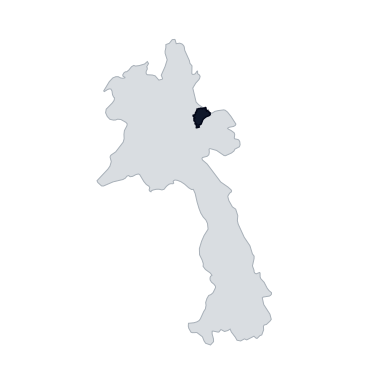 location of Xon, Houaphan, Laos, rotated 19°
{"feature_id": "54806243B87375658661080", "entity_name": "Xon", "entity_type": "district", "adm_level": 2, "iso_a3": "LAO", "parent_name": "Laos", "parent_adm1": "Houaphan", "projection": "orthographic", "projection_center": [103.485, 20.489], "detail": "fine", "context": "in_parent", "style": "filled", "palette": "ink", "viewbox_px": 384, "rotation_deg": 19, "n_neighbors": 0, "source": "geoboundaries", "source_scale": "gbopen_adm2", "svg_char_len": 6619}
<svg xmlns="http://www.w3.org/2000/svg" viewBox="0 0 384 384"><g transform="rotate(19 192 192)"><path d="M137.4,57.3L139.0,60.4L146.8,68.7L148.1,71.0L150.9,72.7L153.3,80.2L154.3,80.6L155.6,80.1L156.6,79.1L157.4,76.2L157.9,75.9L158.8,78.3L161.0,79.0L162.0,80.0L162.2,81.8L161.9,83.6L160.1,87.8L158.9,93.5L166.6,105.6L169.8,107.3L177.4,109.3L182.6,112.0L185.0,111.3L187.4,108.3L190.1,106.6L195.3,104.0L196.8,103.9L199.6,104.9L204.3,107.9L211.4,113.5L211.2,115.0L209.9,116.5L206.1,118.7L204.9,120.2L205.7,120.7L208.8,121.1L212.6,122.3L213.7,123.8L214.4,127.2L215.0,127.8L218.5,127.4L219.6,127.8L220.8,128.9L222.1,131.7L222.1,133.8L218.6,137.5L218.3,139.7L216.5,142.4L211.8,146.8L210.5,147.1L201.7,144.7L194.8,145.1L194.2,146.0L195.4,148.7L195.8,151.3L194.7,153.3L190.7,156.0L190.5,157.1L191.4,158.3L197.2,160.6L215.9,173.2L224.4,175.6L228.2,177.2L229.1,178.1L229.1,179.2L228.1,180.6L227.4,183.1L227.3,184.6L228.2,186.0L229.7,188.2L235.0,192.9L238.9,194.0L243.0,199.5L244.2,204.3L246.2,207.4L256.1,217.8L264.3,224.0L269.3,230.9L271.6,232.4L272.4,234.9L273.2,242.2L276.1,245.8L276.7,247.3L277.9,248.3L279.3,248.5L282.1,246.1L282.7,246.4L284.1,250.2L285.3,251.6L289.6,253.9L294.3,258.4L296.8,260.1L299.9,261.3L300.4,262.8L299.8,264.3L298.9,265.3L293.6,268.1L292.9,269.2L296.5,275.1L305.5,282.2L308.4,286.6L307.8,288.7L305.5,293.0L303.6,294.2L303.2,295.6L304.6,299.0L304.5,304.4L302.9,305.8L301.3,309.1L300.3,309.4L297.5,308.2L291.9,314.0L289.4,313.8L286.5,317.0L282.8,317.5L280.2,315.2L274.7,311.5L272.7,309.2L271.0,311.3L268.2,313.3L264.1,312.6L263.1,315.5L262.3,316.0L257.3,316.6L256.4,317.1L257.2,319.6L260.2,324.0L261.1,326.5L259.3,330.6L254.2,330.6L251.9,328.9L249.0,325.5L242.4,323.3L238.1,324.9L236.7,324.9L233.4,322.0L232.2,320.1L231.4,317.3L236.4,315.0L238.9,313.2L240.6,311.2L241.2,309.3L242.0,301.1L242.7,298.2L242.2,294.7L240.9,292.0L240.8,287.8L241.5,284.4L243.4,282.7L244.7,280.3L245.4,274.8L244.8,273.4L242.9,272.1L239.8,270.9L237.8,269.3L237.0,267.4L237.0,265.7L238.0,264.2L235.6,262.6L229.9,260.9L226.7,258.7L226.1,256.2L223.7,253.0L219.6,248.9L217.4,243.1L217.1,235.4L217.6,229.2L219.3,221.9L216.9,216.7L214.3,214.0L210.7,212.0L207.2,209.1L204.0,205.3L200.0,199.7L195.5,192.4L192.4,189.1L190.8,189.8L187.5,189.1L182.5,187.0L178.2,185.9L174.5,185.7L172.0,186.2L170.9,187.3L170.8,188.4L171.8,189.5L171.3,190.4L169.3,191.0L167.7,192.2L166.0,194.9L164.7,198.5L162.9,199.8L160.0,200.1L157.2,201.1L154.4,202.9L153.1,204.2L153.2,205.1L152.6,205.2L151.3,204.7L150.7,203.6L150.7,201.7L149.3,200.5L146.4,199.8L143.1,197.8L136.9,192.6L135.5,192.4L133.4,193.7L130.7,196.6L128.5,197.7L126.7,197.1L125.4,198.1L124.4,200.7L122.6,202.7L114.1,208.1L106.4,215.1L104.5,215.7L99.9,213.7L98.5,212.3L105.0,197.8L106.0,194.3L105.8,189.6L103.2,185.7L103.1,184.5L103.5,183.3L106.8,178.9L110.7,167.3L110.5,163.7L108.9,159.7L108.1,155.9L108.9,150.7L108.6,148.7L106.9,147.7L101.2,146.6L97.9,147.4L96.3,148.8L94.3,149.6L90.7,150.0L87.3,148.2L84.5,145.2L83.9,141.6L87.6,133.9L88.5,130.9L88.4,129.5L87.9,128.0L87.0,127.8L85.2,125.9L83.5,122.6L81.9,121.1L80.3,121.4L78.8,122.6L76.4,125.6L75.6,125.2L77.9,114.5L80.0,109.9L82.4,107.8L84.8,107.0L87.4,107.4L89.6,107.0L91.4,105.9L91.2,105.3L89.2,105.1L88.4,103.9L88.8,101.6L89.8,100.1L91.2,99.5L92.6,97.2L94.0,93.3L95.7,91.3L97.6,91.3L100.9,89.7L105.5,86.4L107.3,83.2L109.1,84.7L108.4,88.4L109.3,89.2L109.7,90.6L109.4,92.6L109.8,94.4L110.5,95.3L111.5,95.7L116.4,94.3L119.4,94.2L124.2,97.0L127.2,95.0L127.2,94.2L124.9,91.6L125.7,82.2L125.5,75.1L121.5,69.7L120.7,67.6L120.3,64.1L119.3,61.1L122.1,58.8L123.7,54.4L125.8,53.4L126.4,53.5L128.8,56.9L131.9,55.3L134.3,55.3L136.3,56.2L137.4,57.3Z" fill="#d9dde1" stroke="#a8b0b8" stroke-width="1"/><path d="M184.0,113.0L183.9,112.9L183.8,112.7L183.7,112.6L183.8,112.5L183.8,112.4L183.7,112.3L183.7,112.2L183.6,111.9L183.4,111.9L183.3,112.0L183.1,111.8L183.0,111.7L182.9,111.7L182.7,111.4L182.8,111.3L182.7,111.3L182.7,111.2L182.4,111.1L182.2,111.0L182.1,110.9L181.8,110.9L181.8,110.7L181.7,110.6L181.6,110.4L181.3,110.4L181.2,110.3L181.0,110.2L180.9,110.3L180.7,110.3L180.4,110.2L180.4,110.3L180.2,110.4L179.9,110.3L179.9,110.2L179.8,110.3L179.8,110.2L179.7,110.2L179.4,110.2L179.2,110.2L179.2,110.3L178.8,110.1L178.7,110.0L178.7,109.9L178.6,109.7L178.5,109.4L178.4,109.4L178.4,109.2L178.1,109.1L178.0,108.9L177.9,108.9L177.9,108.7L178.0,108.4L177.9,108.2L177.7,108.1L177.6,107.9L177.5,107.7L177.4,107.7L177.3,107.8L177.2,107.8L177.1,108.0L176.9,108.0L176.8,108.3L176.7,108.4L176.7,108.5L176.8,108.7L176.7,108.7L176.7,108.8L176.5,108.7L176.3,108.8L176.2,108.8L176.0,108.7L175.9,108.7L175.8,108.8L175.7,109.0L175.3,109.2L175.2,109.2L175.2,109.3L174.9,109.4L174.9,109.5L174.5,109.9L174.5,110.0L174.3,110.0L174.1,110.0L173.7,109.8L173.4,109.7L173.2,109.8L173.0,110.0L172.9,110.0L172.7,110.1L172.6,110.4L172.5,110.5L172.3,110.6L172.2,110.6L172.1,110.8L171.9,110.8L171.6,110.8L171.4,110.8L171.3,111.0L171.2,111.1L170.8,111.3L170.7,111.4L170.6,111.5L170.4,111.6L170.2,111.8L169.9,111.9L170.0,112.1L170.0,112.3L170.0,112.7L170.0,112.8L169.9,112.9L169.8,113.1L170.0,113.3L170.0,113.5L169.9,113.6L170.0,113.8L170.1,114.0L170.0,114.3L170.1,114.7L170.1,114.8L169.8,115.0L169.8,115.3L169.7,115.3L169.5,115.5L169.5,115.8L169.6,116.1L169.6,116.3L169.6,116.5L169.7,116.8L169.8,117.2L169.8,117.4L169.9,117.5L170.0,117.7L169.8,117.9L169.7,117.9L169.7,118.0L169.6,118.3L169.5,118.5L169.4,118.5L169.2,118.6L168.9,118.5L168.8,118.8L168.6,119.1L168.4,119.1L168.3,119.3L168.2,119.3L168.3,119.7L168.6,119.7L168.7,119.8L168.8,120.0L169.0,120.1L169.1,120.3L169.3,120.5L169.5,120.6L169.8,120.6L170.0,120.8L170.3,120.7L170.6,121.0L170.4,121.4L170.4,121.5L170.3,121.8L170.2,121.9L169.9,122.2L169.9,122.3L170.0,122.4L170.3,122.5L170.5,122.8L170.5,123.0L170.6,123.4L170.6,123.5L170.7,123.8L170.7,124.0L171.0,124.1L171.4,124.1L171.7,124.3L171.8,124.3L172.3,124.7L172.5,125.0L172.5,125.3L172.5,125.9L172.6,126.2L172.8,126.5L173.0,126.7L173.3,126.5L173.5,126.4L173.9,126.2L174.1,126.1L174.4,126.3L174.5,126.7L174.5,127.0L174.3,127.3L174.3,127.6L174.4,127.8L174.5,128.0L174.8,128.1L175.0,128.3L175.0,128.5L175.0,129.2L175.0,129.5L175.2,129.8L175.4,129.7L175.7,129.6L176.1,129.4L176.3,129.2L176.5,129.0L176.6,128.9L176.7,128.7L177.3,128.7L177.5,128.5L177.6,128.3L177.7,128.2L177.3,127.6L177.0,126.9L176.8,126.2L177.1,125.9L177.7,125.8L178.1,125.4L178.5,124.8L178.6,122.6L178.7,120.1L179.3,118.7L179.8,117.9L180.2,117.3L180.7,116.5L181.4,115.8L182.3,115.0L182.6,114.8L182.7,114.7L182.8,114.7L183.0,114.5L183.0,114.4L183.2,114.1L183.3,114.1L183.4,113.9L183.5,113.8L183.5,113.7L183.7,113.4L183.8,113.3L183.9,113.1L184.0,113.0Z" fill="#0f172a" stroke="#020617" stroke-width="1.5"/></g></svg>